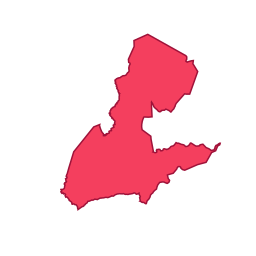 Santa María Peñoles, Oaxaca, Mexico (Mercator projection), rotated 334°
{"feature_id": "50627088B61108461233373", "entity_name": "Santa María Peñoles", "entity_type": "district", "adm_level": 2, "iso_a3": "MEX", "parent_name": "Mexico", "parent_adm1": "Oaxaca", "projection": "mercator", "projection_center": [-97.041, 17.056], "detail": "fine", "context": "isolated", "style": "filled", "palette": "rose", "viewbox_px": 256, "rotation_deg": 334, "n_neighbors": 0, "source": "geoboundaries", "source_scale": "gbopen_adm2", "svg_char_len": 5928}
<svg xmlns="http://www.w3.org/2000/svg" viewBox="0 0 256 256"><g transform="rotate(334 128 128)"><path d="M211.7,88.4L186.8,52.5L171.7,52.0L169.3,57.4L158.5,66.4L157.4,69.3L158.2,70.7L157.9,71.5L156.5,72.5L155.0,74.4L154.2,76.6L154.0,77.2L153.6,77.6L152.8,78.0L151.7,78.2L151.2,78.6L150.3,79.0L150.0,79.2L149.2,79.6L147.8,79.4L146.6,78.9L146.1,78.8L145.4,78.9L144.0,79.0L143.2,79.3L142.6,79.2L142.1,79.0L141.2,78.8L140.9,78.8L140.6,79.0L140.3,78.7L139.9,78.8L139.3,78.7L138.7,78.9L138.2,79.2L137.7,79.1L137.3,79.3L137.4,79.8L137.0,80.1L136.9,80.4L137.1,80.8L136.8,81.1L136.8,82.0L136.6,82.2L136.2,82.2L136.3,82.8L136.3,83.6L136.6,84.5L136.0,85.1L135.7,85.6L136.0,86.3L136.0,86.8L135.3,87.4L135.5,88.1L135.4,88.8L135.8,90.1L135.7,90.3L135.4,90.4L135.1,91.0L135.1,91.9L135.4,92.4L135.1,92.7L135.0,93.2L135.5,93.5L134.9,94.0L134.5,94.7L134.4,95.4L133.7,96.0L133.2,97.3L132.9,97.7L132.9,98.1L132.4,98.8L131.8,99.2L131.1,99.3L130.4,100.1L129.6,100.2L129.3,100.6L129.0,100.5L128.6,101.3L127.9,101.1L127.1,101.3L126.8,102.0L126.2,102.3L125.8,102.9L125.5,102.6L124.3,103.0L123.7,102.8L123.4,103.1L122.6,103.0L122.0,103.5L121.3,103.5L120.8,103.7L120.1,104.6L119.5,104.7L118.5,106.6L117.9,106.3L117.6,106.4L117.5,106.9L117.6,107.6L118.2,107.9L117.3,108.7L118.1,111.0L117.8,112.1L117.9,112.4L118.5,112.4L118.6,114.3L119.0,114.9L119.3,116.1L119.0,116.6L117.9,117.9L117.7,118.5L118.0,118.9L117.8,119.2L116.3,118.9L116.0,119.0L115.7,120.0L115.8,120.6L115.6,121.2L114.9,121.1L114.5,121.2L113.8,121.1L112.6,121.1L112.2,121.7L112.3,122.0L112.3,122.6L112.0,123.1L111.7,123.1L111.3,122.8L109.7,122.6L109.3,122.9L109.3,123.8L109.0,124.2L108.5,124.3L107.7,124.1L107.1,124.2L106.2,123.7L106.0,124.0L106.0,124.5L105.9,124.6L105.2,124.8L104.9,124.7L104.7,123.9L104.2,123.9L103.9,124.0L104.2,124.8L103.9,124.9L103.4,124.5L102.6,124.1L103.0,123.3L103.2,123.1L103.3,122.2L102.9,120.9L102.7,118.9L102.9,118.5L102.8,117.3L103.1,115.8L103.0,115.1L103.4,114.2L103.3,113.5L104.1,112.5L97.7,112.0L68.8,125.6L57.2,138.1L53.2,142.6L52.5,143.1L51.4,144.2L51.2,144.6L51.3,144.8L51.6,144.9L51.5,145.6L51.4,145.9L51.0,146.2L49.6,146.3L49.6,146.9L49.0,148.4L49.2,149.2L48.7,149.5L48.1,149.5L47.7,149.8L47.3,149.8L47.1,149.6L46.8,149.8L46.2,150.3L46.1,150.5L46.4,151.6L46.2,151.9L45.7,152.3L45.0,153.4L44.4,154.2L43.8,154.5L43.1,154.6L42.2,154.5L40.8,153.8L40.7,153.9L41.0,154.5L40.9,155.3L40.7,155.7L40.3,155.6L39.7,155.9L39.8,157.1L40.0,157.8L41.1,157.8L41.3,158.0L41.4,158.4L41.2,158.8L41.3,159.1L42.2,159.2L42.6,159.9L42.7,160.5L42.3,160.9L41.8,161.2L41.8,162.9L42.4,162.9L42.9,163.4L43.2,164.0L43.5,165.9L43.6,166.2L43.7,166.7L43.4,167.2L43.5,167.5L44.0,168.3L44.8,170.0L44.6,170.8L44.7,171.0L44.3,171.6L44.4,172.0L44.7,172.2L45.7,172.3L46.3,172.8L46.7,173.7L47.6,174.1L47.9,174.8L48.1,177.0L47.9,177.4L47.7,177.5L47.5,178.3L47.6,178.6L47.3,179.4L52.2,178.6L53.2,178.8L54.1,178.7L54.7,178.2L55.8,178.1L56.5,177.6L58.2,177.4L58.8,177.1L59.7,176.3L61.2,176.8L64.0,176.9L64.8,177.5L65.4,177.5L67.0,177.4L68.1,178.2L68.8,178.6L69.1,178.9L70.0,178.8L72.3,178.8L73.0,179.2L73.8,179.4L75.5,180.1L77.5,180.5L78.7,181.2L79.1,181.6L79.9,181.8L83.0,182.0L83.3,181.8L84.9,182.8L86.0,182.7L87.0,182.4L88.4,182.5L88.8,182.6L89.7,182.6L90.4,183.0L91.1,183.1L94.2,184.8L95.0,184.9L96.5,186.5L97.4,186.8L98.6,187.6L98.9,187.6L99.6,188.0L100.3,187.9L101.0,188.3L101.6,188.4L102.4,188.7L103.7,189.0L104.9,189.0L105.6,189.4L106.5,191.2L107.4,191.4L107.7,191.5L109.3,191.4L109.1,192.0L108.9,192.3L109.0,195.0L108.4,195.4L108.1,195.5L108.2,195.9L108.0,196.2L107.8,196.3L107.7,196.9L107.5,197.2L107.5,198.1L107.0,198.8L106.6,198.9L107.4,199.8L107.7,200.5L108.3,201.2L108.9,201.4L109.7,202.0L110.4,203.4L110.7,203.8L111.1,204.0L111.5,203.8L112.6,202.5L113.5,201.7L115.3,201.2L117.4,199.8L118.9,198.1L120.4,197.5L121.9,197.2L122.8,196.5L124.4,195.9L125.5,195.6L126.8,195.4L128.2,193.7L129.9,192.1L131.0,191.6L132.4,190.9L132.5,190.8L135.1,191.5L136.1,192.0L137.0,192.7L137.5,193.6L137.8,193.7L138.8,194.9L139.3,195.0L140.8,194.7L141.2,194.6L141.6,194.1L142.3,193.5L142.4,192.8L142.0,191.6L142.0,191.0L142.8,187.5L143.9,187.6L148.8,188.5L153.7,186.3L155.1,185.1L155.9,184.8L156.5,184.8L156.7,185.0L157.8,185.5L158.1,186.2L158.1,186.7L157.9,187.0L158.2,187.9L158.6,188.9L159.0,189.5L160.5,190.8L174.5,191.4L183.1,193.1L192.4,186.7L196.8,186.9L200.7,183.5L203.1,183.3L204.2,182.1L203.9,181.9L203.4,181.9L202.2,182.0L201.2,182.4L199.5,182.2L198.2,183.0L197.1,184.3L195.6,185.4L192.9,184.6L191.7,182.2L189.6,179.8L188.2,175.4L186.4,174.9L185.3,174.7L184.5,175.3L183.1,174.9L181.4,174.2L180.8,173.6L178.1,169.2L177.5,168.9L175.8,170.0L174.3,170.4L173.6,170.5L173.0,170.4L171.7,169.9L171.4,169.5L171.3,168.6L170.7,167.6L169.8,166.8L168.8,166.1L166.9,163.9L166.2,163.5L165.7,163.4L164.8,162.2L163.3,163.0L161.2,163.9L159.0,163.5L158.5,163.5L158.1,163.6L156.8,164.2L155.0,164.5L153.9,164.3L153.5,164.4L153.1,164.1L152.9,163.7L152.6,163.6L151.7,162.7L151.2,162.5L150.6,162.4L149.7,163.2L149.2,163.4L147.6,163.0L147.3,162.6L147.3,161.3L146.4,160.6L145.1,160.5L144.9,160.4L144.7,160.0L144.0,160.3L143.7,160.5L143.5,161.0L143.5,161.7L143.5,162.1L142.9,162.4L141.8,162.2L141.3,161.9L140.9,161.5L140.5,160.9L140.0,160.5L140.5,160.3L143.8,148.2L144.9,145.4L139.9,135.8L140.8,132.8L141.3,132.1L141.5,131.4L143.7,128.3L145.1,126.8L146.2,125.9L146.6,125.3L147.1,125.2L147.6,125.3L151.1,127.2L154.5,128.5L159.0,118.0L160.0,116.3L160.2,115.4L160.5,115.0L160.8,116.8L160.6,120.3L161.2,122.3L162.0,123.9L162.6,126.1L162.8,126.5L163.4,127.2L164.1,127.5L164.9,127.5L165.3,127.0L165.6,126.9L167.6,127.5L168.7,128.0L170.2,127.6L170.9,128.3L172.8,130.7L173.3,132.2L173.5,132.4L174.0,132.4L175.3,131.6L177.5,130.9L179.1,129.6L180.0,129.0L180.2,128.6L181.0,127.8L182.3,126.9L193.8,122.1L195.1,123.0L198.3,124.6L215.4,107.8L214.5,98.7L216.3,96.0L214.4,95.4L212.4,95.0L210.5,94.7L210.1,94.8L209.3,93.5L209.9,92.6L210.9,92.0L211.8,90.2L212.0,89.6L211.7,88.4Z" fill="#f43f5e" stroke="#9f1239" stroke-width="1.5"/></g></svg>